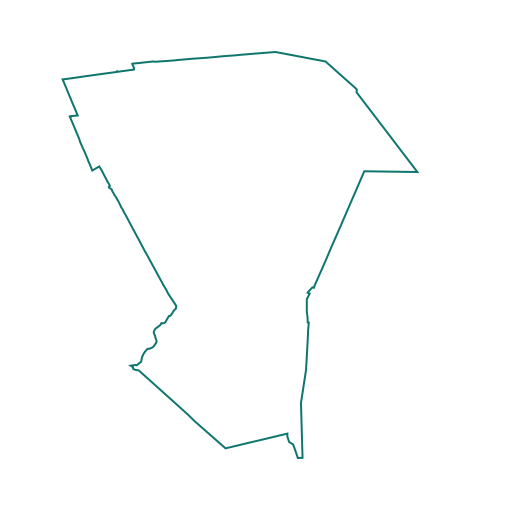 the district of El Carmen, Nuevo León, Mexico, rotated 173°
{"feature_id": "50627088B1236643819517", "entity_name": "El Carmen", "entity_type": "district", "adm_level": 2, "iso_a3": "MEX", "parent_name": "Mexico", "parent_adm1": "Nuevo León", "projection": "mercator", "projection_center": [-100.342, 25.914], "detail": "fine", "context": "isolated", "style": "outline", "palette": "teal", "viewbox_px": 512, "rotation_deg": 173, "n_neighbors": 0, "source": "geoboundaries", "source_scale": "gbopen_adm2", "svg_char_len": 3539}
<svg xmlns="http://www.w3.org/2000/svg" viewBox="0 0 512 512"><g transform="rotate(173 256 256)"><path d="M234.4,50.0L229.3,104.5L220.2,136.9L213.9,172.1L213.3,176.1L211.7,183.5L212.8,183.8L212.5,186.6L212.4,187.9L212.3,190.0L212.4,192.8L212.3,195.2L210.8,207.0L207.3,212.2L209.2,213.2L208.2,214.4L206.2,216.0L203.8,218.0L202.4,217.4L202.1,218.0L202.0,218.3L201.0,220.2L201.0,220.3L200.9,220.4L196.8,227.2L196.7,227.4L196.6,227.6L196.5,227.8L192.2,234.9L186.6,244.4L179.1,257.4L177.3,260.4L176.9,261.0L175.5,263.5L174.3,265.4L171.6,270.0L171.3,270.5L171.2,270.7L170.9,271.2L170.7,271.5L168.7,274.8L167.0,277.8L138.2,326.9L85.6,319.7L123.8,385.0L134.9,403.9L136.2,406.1L135.8,408.8L135.7,408.9L135.8,409.2L138.7,412.7L138.9,412.9L139.1,413.1L163.3,440.6L170.8,443.0L174.3,444.1L182.8,446.8L184.6,447.4L185.1,447.6L186.0,447.9L189.7,449.0L196.6,451.3L197.1,451.4L202.1,453.0L203.5,453.5L203.8,453.6L205.2,454.0L206.1,454.3L207.4,454.7L209.4,455.3L211.8,456.1L224.6,456.7L226.0,456.7L227.2,456.8L228.4,456.8L229.6,456.9L230.7,456.9L231.9,457.0L233.0,457.0L234.1,457.1L235.3,457.1L236.4,457.2L237.4,457.2L240.1,457.3L245.4,457.5L245.8,457.5L246.5,457.6L249.1,457.6L249.9,457.6L250.0,457.6L264.4,458.3L275.5,458.6L279.2,458.7L296.1,459.6L305.4,459.9L307.7,460.0L313.1,460.1L320.0,460.4L325.3,460.7L332.6,461.1L333.4,461.3L333.6,461.3L333.7,461.5L334.1,461.6L334.6,461.7L335.0,461.6L339.5,461.7L348.8,461.8L354.8,462.0L355.1,462.0L355.4,461.9L355.4,461.6L355.4,461.4L354.2,457.7L354.1,457.3L354.2,456.7L354.3,456.3L354.5,455.9L371.4,455.7L371.6,456.2L372.3,455.6L374.5,455.6L384.7,455.5L403.5,455.2L412.1,455.0L418.5,454.9L424.5,454.8L426.4,454.9L423.4,444.1L423.0,442.6L422.6,441.2L422.2,439.7L421.8,438.3L421.4,436.9L420.9,435.3L420.5,433.6L419.0,428.2L418.5,426.8L418.1,425.3L417.7,423.9L417.3,422.4L416.9,421.0L416.5,419.5L416.1,418.1L415.8,417.2L418.7,417.3L423.2,417.4L423.1,416.9L423.8,416.9L421.6,409.4L418.6,398.7L417.6,395.2L417.2,393.6L416.7,390.8L414.8,384.4L413.7,381.2L411.5,373.3L410.9,370.9L410.9,370.6L409.8,367.2L408.1,360.8L400.7,364.0L398.8,359.9L396.6,354.0L394.6,348.7L394.6,348.4L394.6,348.2L394.3,347.9L393.2,345.3L392.4,343.4L393.5,342.7L393.7,342.4L393.6,342.0L393.3,341.7L391.4,339.9L391.1,339.5L390.9,339.1L390.9,338.4L390.7,337.7L390.0,336.3L389.1,333.8L388.1,332.2L387.4,330.5L386.9,329.1L385.7,326.5L383.9,321.1L383.7,320.4L383.4,319.8L383.2,319.6L382.6,318.4L382.5,318.2L382.5,317.8L382.3,317.1L381.3,314.4L380.9,313.8L380.7,313.3L375.2,298.9L375.0,298.0L374.7,297.7L372.7,292.5L368.3,281.2L365.4,273.4L365.2,273.3L351.6,238.8L351.6,238.5L350.8,237.1L350.6,236.6L350.3,235.8L349.6,234.3L349.1,233.4L349.0,232.7L347.6,229.0L341.2,216.1L342.0,213.4L342.5,213.0L343.1,212.8L344.4,211.6L346.7,208.7L348.0,207.4L348.5,207.1L348.9,207.0L349.2,207.0L349.4,207.0L349.7,207.0L350.1,206.6L354.1,201.3L355.2,200.7L356.1,200.6L356.7,200.5L357.3,200.6L358.0,200.9L359.4,199.2L360.6,198.4L363.0,197.0L364.6,196.2L365.4,195.3L366.1,194.2L366.7,192.9L366.8,192.4L366.7,191.6L366.3,190.0L366.1,189.8L365.9,189.4L365.9,189.1L365.9,187.9L365.1,184.0L365.1,183.5L365.2,182.7L367.6,179.8L368.8,178.6L370.5,177.6L371.8,177.3L373.0,177.0L374.0,176.9L374.7,177.1L375.1,177.0L378.0,174.4L378.9,173.3L379.9,172.1L380.8,170.5L382.1,167.8L382.8,165.1L385.6,163.4L387.5,162.1L387.8,162.1L388.8,162.5L393.7,162.4L391.7,160.6L391.6,159.4L391.6,158.8L390.1,157.9L386.3,156.7L342.9,106.9L337.2,99.7L309.7,68.8L246.5,75.9L246.9,73.2L245.8,67.4L242.1,64.4L240.6,57.8L239.1,50.4L234.4,50.0Z" fill="none" stroke="#0f766e" stroke-width="2"/></g></svg>